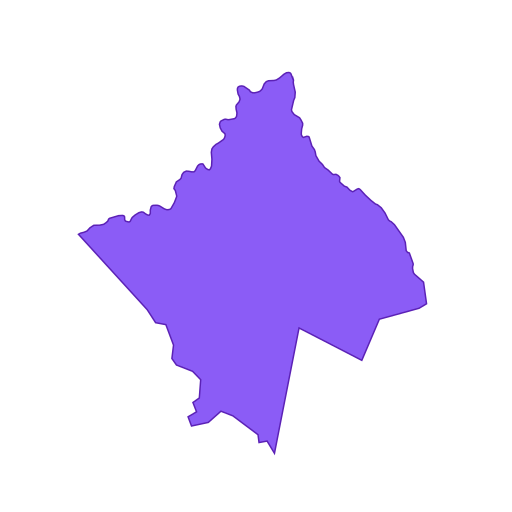 the district of Pike, Pennsylvania, United States of America, rotated 285°
{"feature_id": "52423323B81352708629195", "entity_name": "Pike", "entity_type": "district", "adm_level": 2, "iso_a3": "USA", "parent_name": "United States of America", "parent_adm1": "Pennsylvania", "projection": "robinson", "projection_center": [-74.913, 41.341], "detail": "fine", "context": "isolated", "style": "filled", "palette": "violet", "viewbox_px": 512, "rotation_deg": 285, "n_neighbors": 0, "source": "geoboundaries", "source_scale": "gbopen_adm2", "svg_char_len": 2912}
<svg xmlns="http://www.w3.org/2000/svg" viewBox="0 0 512 512"><g transform="rotate(285 256 256)"><path d="M438.8,244.7L438.0,244.8L440.9,242.7L441.6,241.9L441.8,240.3L440.9,238.0L438.8,235.9L434.1,232.7L431.3,230.1L430.2,228.0L428.5,222.7L427.1,220.8L424.4,219.4L419.1,218.8L417.3,217.9L415.9,216.9L414.6,215.0L413.2,212.3L412.8,210.5L413.2,208.1L414.5,206.7L416.7,200.4L416.6,198.3L416.2,197.2L415.6,196.0L414.6,195.0L413.2,194.7L411.6,195.0L407.8,196.8L405.8,198.7L405.6,198.8L403.4,200.0L400.6,199.8L396.8,198.0L395.3,197.9L392.7,198.8L389.2,200.6L385.8,201.1L383.9,200.4L383.0,199.5L380.7,194.6L380.4,193.6L380.3,191.3L379.8,190.0L377.3,187.2L376.3,186.7L373.8,186.6L370.5,188.3L367.8,190.8L366.1,194.3L364.6,195.0L363.5,195.1L361.3,194.9L360.0,194.3L355.2,190.3L353.5,188.5L350.4,186.5L348.0,185.7L344.6,186.0L338.0,188.4L331.3,189.8L328.4,189.4L327.2,188.7L327.0,187.2L327.9,184.5L331.1,181.0L331.1,180.2L330.4,178.3L329.4,177.2L327.8,176.3L322.7,175.2L321.2,174.3L320.6,171.9L320.5,169.6L320.0,166.7L318.1,164.5L315.5,163.5L311.7,163.5L310.2,162.7L307.0,159.9L301.9,159.1L299.8,159.3L298.4,161.1L293.8,163.7L292.8,164.0L286.3,163.3L279.8,161.6L278.9,160.9L277.9,159.0L277.6,157.5L277.8,155.3L279.3,150.3L279.5,149.0L279.4,147.3L278.3,143.5L277.6,142.6L276.5,142.0L273.0,142.0L269.8,142.9L267.9,142.4L267.6,141.6L267.6,140.4L268.2,138.1L269.1,136.0L269.1,134.9L268.9,133.9L267.5,131.6L264.3,128.6L261.4,126.6L260.4,126.2L256.9,125.5L256.2,124.9L255.9,124.1L255.9,120.9L257.0,119.8L259.9,118.9L260.7,117.9L260.6,116.4L259.4,112.8L254.5,104.8L253.5,104.1L251.3,103.8L249.2,102.4L247.2,100.7L245.3,97.0L243.7,91.4L240.4,88.4L236.4,86.3L234.4,83.7L232.6,80.5L231.0,78.9L176.0,164.8L165.6,176.3L166.4,186.7L148.6,199.4L135.2,201.3L130.1,207.4L128.2,224.6L122.2,234.6L104.2,238.0L98.2,233.0L90.1,238.9L83.1,232.0L75.1,237.7L82.9,253.0L97.0,262.3L95.6,275.1L83.9,304.2L76.6,307.2L80.1,314.6L70.2,324.9L99.0,322.9L197.6,316.2L192.7,338.9L182.6,385.2L226.9,391.5L247.7,427.0L254.0,433.1L274.1,424.6L279.4,413.8L280.7,412.3L284.6,410.4L286.6,410.0L288.2,410.1L289.4,409.7L298.5,403.4L298.8,402.8L298.6,401.6L300.0,399.7L307.8,396.7L312.2,393.5L322.1,381.6L324.1,377.7L324.4,376.1L325.2,374.5L330.9,369.5L335.0,364.5L337.0,360.0L337.1,358.0L339.5,352.5L343.2,345.6L347.0,339.7L347.5,338.6L347.6,337.6L346.8,336.4L343.5,333.3L343.1,332.7L343.8,329.7L346.1,326.0L346.3,323.3L348.8,318.3L349.5,317.5L350.2,317.3L353.4,316.8L354.5,315.4L355.1,314.3L355.6,312.1L354.7,309.8L354.8,308.7L357.7,303.4L359.0,299.7L359.3,299.1L361.6,296.5L363.9,292.4L368.4,287.9L371.8,286.3L373.9,284.9L376.7,281.5L384.7,276.5L385.0,275.8L384.8,274.1L382.8,271.1L383.3,269.8L384.9,268.4L386.6,267.9L390.7,267.2L394.5,267.2L396.3,266.7L399.0,264.3L400.8,262.3L402.5,256.3L404.9,253.2L406.5,252.4L416.2,252.1L419.1,252.5L424.4,251.5L431.3,247.9L433.5,247.0L435.6,246.7L438.8,244.7Z" fill="#8b5cf6" stroke="#5b21b6" stroke-width="1.5"/></g></svg>